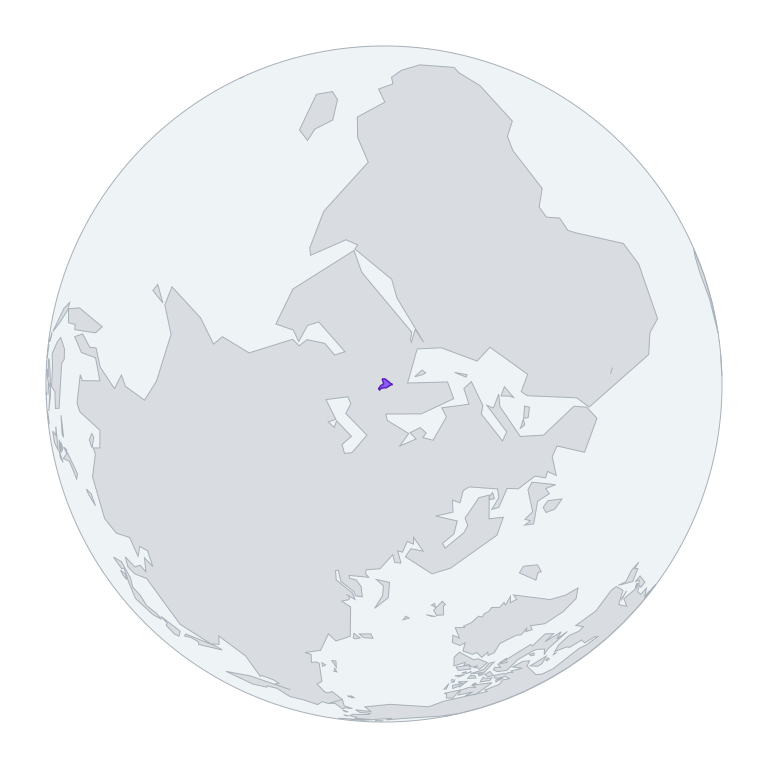 Hasaka (Al Haksa) on an orthographic globe, rotated 173°
{"feature_id": "SYR-141", "entity_name": "Hasaka (Al Haksa)", "entity_type": "Province", "adm_level": 1, "iso_a3": "SYR", "parent_name": "Syria", "parent_adm1": "", "projection": "orthographic", "projection_center": [41.143, 36.439], "detail": "fine", "context": "on_globe", "style": "filled", "palette": "violet", "viewbox_px": 768, "rotation_deg": 173, "n_neighbors": 0, "source": "natural_earth", "source_scale": "10m", "svg_char_len": 11468}
<svg xmlns="http://www.w3.org/2000/svg" viewBox="0 0 768 768"><g transform="rotate(173 384 384)"><circle cx="384" cy="384" r="338" fill="#eef3f6" stroke="#a8b0b8"/><path d="M350.3,47.8L369.1,47.5L407.6,49.8L422.6,50.3L417.1,51.2L447.3,52.9L470.0,57.9L442.6,52.7L438.4,52.7L453.0,55.8L451.8,56.6L458.2,58.9L455.5,60.0L439.8,57.8L437.7,58.7L448.1,61.0L452.0,64.1L437.1,60.5L442.3,65.9L416.9,65.3L379.0,58.2L363.0,61.9L319.1,66.2L321.2,68.0L305.9,71.9L302.7,75.8L295.5,76.3L299.2,79.1L306.4,77.9L310.5,78.9L309.3,81.4L299.8,82.1L299.0,81.1L295.6,82.6L291.4,82.1L292.8,83.7L281.5,85.0L290.8,87.5L280.2,91.7L273.2,91.6L276.5,86.6L268.6,77.0L262.5,76.8L250.7,80.8L222.8,97.7L215.1,100.3L202.6,107.2L205.6,107.6L216.4,102.5L219.0,105.8L231.9,100.0L234.8,100.8L247.0,97.7L242.3,103.8L231.1,111.7L220.7,114.9L215.5,118.9L223.0,120.9L201.5,132.8L183.4,151.7L178.1,154.7L172.0,150.1L177.9,136.4L170.0,133.8L172.1,141.5L158.9,150.3L155.5,154.7L154.5,158.2L158.3,157.5L153.2,162.2L149.2,155.4L153.8,151.0L155.0,152.9L157.7,146.9L154.9,143.9L148.4,149.4L151.0,141.6L146.4,145.7L144.4,146.8L151.5,140.5L138.8,152.1L139.3,150.9L156.5,134.2L174.8,118.6L194.1,104.5L214.4,91.7L235.6,80.4L257.5,70.7L280.0,62.5L303.1,55.9L326.6,51.0L350.3,47.8ZM47.7,351.3L47.3,355.5L46.3,371.9L46.3,372.3L47.7,351.3ZM46.1,385.6L46.1,385.9L46.1,386.4L46.1,385.6ZM46.2,394.1L50.5,428.6L57.1,456.9L59.8,473.6L60.0,480.0L60.3,481.1L53.1,452.6L48.4,423.5L46.2,394.1ZM362.9,46.7L364.5,46.7L359.5,47.0L358.2,47.1L362.9,46.7ZM433.5,50.9L425.6,49.8L433.7,50.7L433.5,50.9ZM459.5,59.1L462.2,59.3L464.4,60.5L459.5,59.1ZM248.8,94.7L247.9,96.2L246.1,96.0L248.8,94.7ZM254.9,92.2L253.5,90.9L256.2,89.5L257.0,90.3L254.9,92.2ZM462.3,63.4L465.0,65.6L459.5,62.9L462.3,63.4ZM256.1,94.1L261.2,87.3L265.9,85.1L273.1,86.5L256.1,94.1ZM464.8,66.7L471.6,73.0L478.0,73.7L463.8,76.0L462.7,69.4L454.9,65.7L461.9,67.3L464.8,66.7ZM309.2,76.6L301.5,77.9L309.1,74.7L309.2,76.6ZM313.1,74.4L330.7,64.7L341.5,64.6L333.4,67.6L348.4,66.2L345.1,70.8L336.1,72.6L329.7,71.6L333.3,74.3L313.1,74.4ZM454.9,76.7L454.2,78.2L451.9,76.3L454.9,76.7ZM312.7,79.1L315.2,76.9L324.8,76.6L321.4,80.9L319.4,79.6L312.7,79.1ZM354.0,63.9L360.5,64.8L359.6,68.6L362.0,69.6L345.9,71.0L354.0,63.9ZM316.6,80.9L319.4,83.3L313.8,85.8L310.8,81.3L316.6,80.9ZM328.8,74.7L333.1,74.9L329.6,76.2L328.8,74.7ZM295.4,97.0L298.3,93.8L303.5,93.2L295.4,97.0ZM320.8,84.0L322.8,83.2L325.2,82.7L325.8,84.8L320.8,84.0ZM346.4,73.8L344.6,75.4L352.9,73.4L352.6,76.6L341.9,77.1L346.3,78.3L346.2,79.3L337.7,78.7L346.4,73.8ZM333.6,85.9L320.0,88.4L313.5,94.1L308.6,94.6L320.0,85.4L333.6,85.9ZM336.8,81.6L333.7,84.3L329.2,83.3L328.5,80.9L336.8,81.6ZM356.1,78.8L359.4,73.7L361.6,73.8L356.1,78.8ZM332.6,87.6L336.0,87.0L332.7,88.1L332.6,87.6ZM349.9,81.6L350.8,79.6L353.3,79.8L349.9,81.6ZM341.9,87.7L337.5,88.4L336.8,86.6L341.9,87.7ZM346.3,85.0L349.5,85.8L339.3,85.6L346.3,84.1L346.3,85.0ZM352.1,82.1L353.9,81.5L351.4,82.9L352.1,82.1ZM346.8,94.3L334.0,94.5L332.7,90.5L345.2,90.7L346.8,94.3ZM116.6,471.9L104.5,415.5L113.8,402.6L117.7,381.0L183.2,336.1L194.5,346.8L243.1,354.9L248.7,359.7L240.2,376.1L274.4,407.6L288.8,395.4L322.6,412.9L346.8,414.8L360.5,382.1L320.7,378.3L316.6,360.9L350.7,349.8L385.8,354.0L385.3,347.5L365.5,331.8L375.9,320.5L358.9,325.5L364.0,332.5L353.5,336.3L348.1,330.2L352.0,326.1L342.1,322.2L326.0,343.8L329.6,353.3L302.1,353.6L305.3,369.8L297.0,375.7L288.5,350.6L291.1,342.4L273.3,313.0L268.0,321.5L284.5,350.2L278.3,346.9L271.3,360.0L271.7,347.5L255.1,315.3L231.9,313.8L198.2,338.8L185.5,336.2L176.8,324.0L193.3,291.8L219.8,301.4L225.9,291.4L224.2,272.3L232.4,277.3L235.0,271.1L245.3,274.2L263.5,263.6L274.5,265.4L285.1,247.5L292.3,246.4L283.9,257.1L284.1,266.0L312.0,271.5L318.4,268.5L323.1,256.8L330.2,260.4L331.1,248.4L348.8,246.6L328.0,239.2L332.9,226.6L345.4,218.7L343.3,213.6L322.8,226.7L318.0,233.4L319.9,241.0L303.6,259.6L293.2,260.9L296.1,237.4L281.8,237.2L290.3,220.2L340.4,193.1L359.5,189.7L383.8,209.9L377.4,217.2L365.4,213.3L373.3,228.2L374.2,221.5L380.1,224.9L386.2,214.8L390.7,216.8L389.0,204.2L395.1,205.6L396.1,213.5L410.5,201.1L424.3,201.8L425.4,198.1L422.7,194.0L442.0,198.3L441.9,195.5L435.6,192.9L431.4,185.8L431.5,175.3L438.2,177.3L439.0,181.3L450.9,193.5L452.1,204.7L454.9,204.6L455.3,195.4L440.9,180.5L439.1,173.7L447.0,179.7L443.9,176.9L445.1,174.2L452.5,173.7L444.3,166.8L448.3,137.7L463.0,134.8L469.6,142.7L479.4,127.4L495.2,127.1L489.3,124.5L490.0,116.5L485.1,116.4L482.3,114.6L481.9,96.4L487.0,94.4L480.2,85.4L477.2,84.3L473.0,85.1L463.8,76.0L478.0,73.7L484.2,76.2L488.9,73.9L502.2,80.3L515.4,85.2L527.2,94.9L536.6,98.6L537.4,97.4L550.8,102.2L575.7,118.0L552.2,110.5L514.1,91.9L529.4,99.5L524.9,99.7L529.7,103.8L540.6,109.5L542.4,108.9L554.6,131.1L578.7,154.0L579.4,145.7L587.6,147.2L615.7,170.4L643.3,219.9L654.5,225.9L660.4,233.6L661.9,243.9L653.5,232.8L648.2,233.9L643.2,226.6L642.9,240.7L635.7,230.9L639.0,247.4L646.2,252.5L649.1,243.0L655.1,262.6L667.8,268.6L677.7,284.5L684.6,327.4L679.0,349.8L680.4,356.0L673.8,355.1L671.6,372.7L689.2,393.4L691.0,402.5L684.3,430.3L683.0,424.1L665.6,421.7L667.1,445.1L680.5,452.2L685.2,468.7L677.0,470.4L671.6,456.3L665.4,454.9L663.7,435.4L652.1,412.2L643.5,424.9L641.0,413.3L623.7,397.1L609.5,414.5L589.3,459.2L591.9,489.2L582.6,506.3L558.0,472.0L548.4,444.4L538.6,450.6L514.1,431.3L469.2,439.5L463.6,432.2L455.0,437.4L437.8,431.5L429.6,418.9L418.8,420.8L441.1,453.5L452.7,451.5L463.5,436.6L467.4,448.6L484.0,456.7L462.8,489.4L397.5,520.2L392.5,497.6L350.2,432.1L352.3,424.6L352.1,423.8L351.7,422.2L346.4,434.2L339.6,420.8L360.6,467.7L363.6,487.0L396.5,521.6L393.1,525.1L404.1,531.8L441.2,520.7L441.1,528.1L422.7,562.8L372.6,606.1L380.1,631.9L378.0,652.2L348.8,663.7L353.5,677.4L338.6,680.8L339.1,687.6L328.4,693.2L309.7,696.4L275.8,689.7L272.0,684.0L252.4,668.5L224.6,629.3L231.4,614.8L227.6,599.9L203.2,558.8L208.5,540.6L202.4,529.8L189.5,527.3L182.7,514.0L175.1,510.6L129.3,494.3L116.6,471.9ZM157.9,366.3L155.4,372.5L157.9,366.3ZM421.5,375.7L443.5,375.6L436.1,354.7L444.0,353.2L438.6,347.0L435.5,353.2L422.7,336.0L433.0,329.1L431.7,320.0L424.2,319.7L407.2,335.3L425.5,359.5L419.3,368.6L421.5,375.7ZM159.2,150.7L159.3,151.4L157.3,155.5L156.1,154.8L159.2,150.7ZM161.0,168.9L152.7,176.2L157.8,170.1L154.5,169.9L161.3,157.6L175.8,155.6L168.0,158.4L161.0,168.9ZM174.3,141.8L168.4,149.1L174.3,141.2L174.3,141.8ZM238.8,236.7L241.1,242.2L235.4,248.3L221.4,248.2L229.6,239.1L238.8,236.7ZM245.8,248.9L252.5,226.9L261.5,226.8L255.3,230.4L260.6,232.6L252.0,239.1L254.0,261.5L249.0,268.5L225.9,263.1L236.2,260.6L233.3,255.0L245.8,248.9ZM254.0,178.3L257.1,170.8L272.6,180.0L267.9,186.1L253.7,185.8L250.8,178.5L254.0,178.3ZM267.9,98.8L268.0,96.7L270.6,96.3L272.6,97.7L267.9,98.8ZM296.3,95.5L269.9,107.7L268.7,105.8L254.6,116.3L246.1,115.6L255.5,108.6L238.4,116.4L243.5,109.9L232.2,116.0L254.1,100.7L258.0,95.8L256.9,101.3L264.6,102.0L269.1,100.8L284.8,94.1L297.0,84.8L306.6,84.7L310.2,87.1L308.7,89.3L302.9,88.5L305.1,92.0L295.6,92.7L296.3,95.5ZM346.2,126.3L340.1,122.6L343.0,133.4L333.5,132.6L334.4,134.0L326.4,136.4L318.4,142.0L314.5,140.7L313.0,143.5L307.7,145.5L304.4,149.0L296.2,148.2L291.5,152.6L290.3,149.8L284.4,157.8L285.2,151.6L278.4,154.2L281.2,158.8L245.4,149.8L229.8,152.2L216.3,157.9L219.5,147.6L234.1,136.1L253.5,126.5L268.1,126.2L266.9,122.1L273.5,120.9L271.7,124.7L278.4,118.3L283.4,118.5L300.7,112.3L307.3,103.9L313.8,101.8L313.7,105.2L320.3,100.8L324.5,106.1L329.2,104.9L338.1,109.3L335.1,117.2L340.7,115.3L347.7,119.1L346.2,126.3ZM349.0,95.7L347.6,104.4L341.8,108.6L328.7,99.4L323.9,99.7L315.3,94.8L324.0,89.1L325.6,90.9L329.3,91.5L325.1,93.0L331.1,92.2L333.6,94.9L339.0,95.1L337.0,97.8L349.0,95.7ZM256.9,354.8L261.5,356.8L269.2,357.9L264.9,366.6L256.9,354.8ZM245.1,333.0L249.5,333.0L247.2,345.0L242.4,343.2L245.1,333.0ZM254.0,323.4L250.0,332.1L249.3,326.3L254.0,323.4ZM288.3,256.7L293.3,256.4L293.1,259.3L289.4,263.0L288.3,256.7ZM352.6,161.2L350.0,157.7L352.0,156.5L353.0,147.6L360.1,147.9L362.3,153.4L352.6,161.2ZM352.6,387.5L344.5,393.3L341.3,389.9L344.7,388.5L352.6,387.5ZM301.7,380.8L312.5,386.9L300.5,383.1L301.7,380.8ZM360.5,160.0L360.1,156.1L363.9,158.7L360.5,160.0ZM365.4,147.7L370.1,149.9L361.1,146.9L365.4,147.7ZM488.1,705.4L490.4,704.7L485.1,706.4L488.1,705.4ZM436.9,646.5L415.8,679.7L399.5,680.5L395.5,672.0L402.7,652.3L421.4,645.5L430.3,635.1L436.9,646.5ZM709.7,470.9L711.4,466.6L711.0,468.1L709.7,470.9ZM708.2,472.2L710.7,466.5L707.2,476.0L708.2,472.2ZM711.6,464.2L714.0,455.5L715.1,450.8L714.5,453.8L711.6,464.2ZM706.3,476.4L692.5,498.0L686.1,503.1L688.4,496.6L698.7,484.1L706.3,476.4ZM687.9,497.1L677.0,496.7L656.7,475.1L664.1,469.9L684.3,475.6L683.2,480.7L689.7,483.3L687.9,497.1ZM710.9,441.6L709.6,454.8L702.8,466.0L699.2,469.5L696.9,457.8L698.3,447.9L701.4,443.7L709.5,399.5L713.1,399.8L711.6,416.6L714.3,421.9L710.9,441.6ZM593.6,491.3L602.0,505.0L596.4,510.4L593.6,491.3ZM709.6,373.4L708.4,392.4L708.5,370.1L709.6,373.4ZM707.7,354.6L709.4,360.2L706.8,357.3L707.7,354.6ZM683.3,364.5L680.1,370.5L678.5,366.4L681.6,356.3L683.3,364.5ZM685.2,298.3L690.8,310.7L692.2,315.9L688.0,310.6L685.2,298.3ZM420.6,162.5L411.2,174.1L409.2,183.8L415.5,191.0L402.7,186.4L405.8,171.3L420.6,162.5ZM444.2,140.2L438.6,134.9L443.6,134.5L445.5,135.7L444.2,140.2ZM439.0,138.9L427.5,137.6L426.0,132.9L435.4,134.8L439.0,138.9ZM393.8,147.6L390.6,150.9L387.6,148.6L393.8,147.6ZM720.5,413.3L720.2,416.9L720.0,417.1L720.5,413.3ZM720.9,409.6L720.8,411.4L721.0,408.0L721.2,406.8L720.9,409.6ZM715.8,421.0L716.5,426.2L718.8,414.2L717.0,426.6L717.5,433.9L716.6,440.3L716.3,431.9L714.5,447.3L713.4,450.3L713.7,440.3L715.3,422.7L716.4,413.5L720.0,397.9L715.8,421.0ZM721.4,398.9L721.1,392.3L721.1,384.9L721.5,387.2L721.4,398.9ZM718.6,377.6L715.9,373.0L714.9,381.9L715.4,357.7L718.2,366.0L718.6,377.6ZM713.9,360.1L713.2,368.3L712.9,355.3L713.9,360.1ZM712.1,366.1L710.4,359.6L711.8,356.9L712.1,366.1ZM714.6,358.0L712.1,345.2L714.2,350.3L714.6,358.0ZM705.6,345.5L711.4,349.1L706.6,354.4L699.2,332.2L700.6,327.3L705.6,345.5ZM668.2,231.6L663.8,226.6L663.1,221.3L666.4,226.2L668.2,231.6ZM656.9,201.5L661.5,218.3L664.5,232.9L666.9,232.8L673.6,245.2L666.3,239.8L659.2,222.2L658.2,213.1L651.5,203.7L646.7,193.1L637.7,184.0L633.5,177.6L641.4,183.3L656.9,201.5ZM633.8,180.6L616.4,163.5L618.1,158.7L622.4,161.3L629.6,171.0L628.3,172.9L633.8,180.6ZM612.7,158.2L611.2,160.1L582.5,144.1L576.9,139.7L599.7,148.1L599.5,150.6L606.2,155.8L612.7,158.2ZM457.8,78.8L454.5,78.2L457.0,77.6L457.8,78.8ZM479.6,114.8L476.2,112.3L479.3,111.2L479.6,114.8ZM468.7,105.0L467.5,107.9L465.9,104.0L468.7,105.0ZM465.5,114.9L465.8,108.7L469.5,115.9L465.5,114.9Z" fill="#d9dde1" stroke="#a8b0b8" stroke-width="1"/><path d="M389.0,378.7L389.1,378.8L389.1,379.0L389.3,379.0L389.5,379.1L389.7,379.3L389.6,379.6L389.7,379.8L389.7,380.0L389.8,380.1L389.8,380.3L389.7,380.4L389.4,380.7L388.9,381.2L387.9,382.2L387.3,382.9L387.2,383.0L385.6,383.4L385.3,383.5L385.1,383.5L384.6,384.5L384.4,386.1L384.5,386.3L384.6,386.6L385.0,387.4L385.0,387.6L385.0,387.8L385.1,388.6L385.0,388.8L385.0,389.0L384.8,389.2L384.3,389.2L383.3,389.1L382.9,389.0L382.5,388.9L382.4,388.9L382.2,388.8L378.7,385.3L378.1,384.6L377.8,384.0L377.7,383.8L377.6,383.7L377.3,383.4L376.8,383.2L376.7,383.2L376.7,383.3L376.4,383.3L376.4,383.2L376.1,382.9L376.0,382.4L377.5,382.2L378.5,381.8L379.0,381.5L379.3,381.4L379.5,381.3L379.8,381.1L380.5,380.7L380.8,380.6L381.1,380.5L381.7,380.2L382.0,380.1L382.8,380.0L384.0,380.2L384.2,380.3L384.3,380.3L385.6,380.2L387.5,379.8L388.1,379.6L388.3,379.5L388.6,379.2L388.9,378.9L389.0,378.7Z" fill="#8b5cf6" stroke="#5b21b6" stroke-width="1.5"/></g></svg>